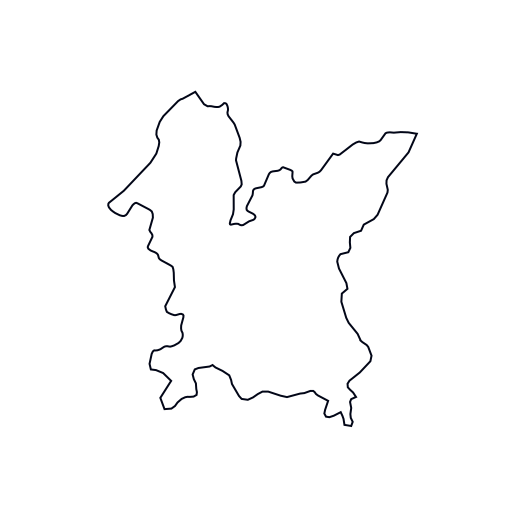 an SVG outline of Osjecko-Baranjska, rotated 114°
{"feature_id": "HRV-1603", "entity_name": "Osjecko-Baranjska", "entity_type": "County", "adm_level": 1, "iso_a3": "HRV", "parent_name": "Croatia", "parent_adm1": "", "projection": "mercator", "projection_center": [18.514, 45.561], "detail": "fine", "context": "isolated", "style": "outline", "palette": "ink", "viewbox_px": 512, "rotation_deg": 114, "n_neighbors": 0, "source": "natural_earth", "source_scale": "10m", "svg_char_len": 4163}
<svg xmlns="http://www.w3.org/2000/svg" viewBox="0 0 512 512"><g transform="rotate(114 256 256)"><path d="M349.3,110.8L351.1,110.7L356.1,107.2L362.0,105.5L365.3,103.6L368.2,100.2L372.6,99.9L374.3,106.5L369.2,109.8L366.9,112.0L364.2,115.1L370.3,120.0L373.4,123.4L374.3,126.7L372.1,129.5L368.4,130.3L359.0,131.2L358.2,142.8L357.6,145.2L356.5,147.0L356.0,148.8L357.1,151.4L361.6,156.1L363.7,159.7L372.3,170.3L373.6,176.7L374.9,189.6L377.3,195.0L381.4,198.2L386.4,201.2L390.7,205.0L392.4,211.0L390.8,214.6L382.7,225.9L379.4,228.3L375.9,231.9L374.6,239.8L374.3,247.7L373.3,251.4L375.8,253.4L381.7,263.0L384.5,265.8L390.0,265.7L393.8,262.7L396.8,259.1L401.9,256.4L404.4,254.6L407.1,253.8L409.8,255.8L411.6,259.1L412.5,261.3L413.8,263.2L416.8,265.8L421.7,268.1L426.0,269.0L429.8,271.2L433.1,277.3L424.5,285.7L407.0,283.1L404.6,282.7L400.7,293.2L400.9,300.9L402.4,305.9L397.8,309.4L387.8,311.5L385.1,311.4L383.6,310.6L383.3,309.6L382.8,308.7L382.3,307.8L380.8,306.1L379.9,305.3L376.6,303.2L375.7,302.4L375.0,301.4L374.5,300.4L374.0,298.4L373.7,297.5L372.6,296.1L370.9,294.3L367.0,291.4L364.3,290.3L360.7,290.0L358.9,290.4L357.3,291.1L356.1,291.9L354.5,293.8L352.6,295.0L349.9,296.1L341.6,297.4L339.9,298.0L339.2,298.9L339.2,299.9L339.3,300.9L340.0,302.1L342.3,304.8L342.9,305.7L343.3,306.7L343.6,309.7L343.6,312.2L343.3,314.7L341.4,316.6L338.8,318.5L317.4,317.4L311.7,321.0L304.8,324.3L301.8,326.1L299.9,327.7L299.5,329.1L299.3,330.6L298.5,340.6L298.1,342.6L297.4,343.9L295.4,345.5L294.6,346.3L294.1,347.4L293.8,348.8L293.7,350.4L293.8,352.4L293.8,354.6L293.2,357.2L292.3,358.3L291.2,358.7L280.6,358.4L279.0,359.2L277.8,360.7L277.0,362.3L275.6,364.0L262.9,365.8L259.7,367.4L257.7,369.3L257.1,371.4L256.9,373.0L256.1,385.1L256.1,386.8L256.3,387.3L257.0,388.1L258.4,388.9L260.0,389.5L269.9,390.9L271.6,391.5L273.1,392.8L273.8,394.5L274.2,397.0L274.0,402.2L273.5,404.8L272.9,407.2L271.4,410.1L270.0,411.5L268.4,412.1L267.2,412.0L265.1,410.9L250.2,403.3L213.8,390.4L203.0,388.7L195.1,389.6L191.5,390.6L189.3,392.1L188.0,394.3L185.6,396.4L181.8,397.8L172.6,398.5L165.9,397.5L146.2,390.2L143.6,388.6L142.7,387.6L142.4,387.2L142.2,387.0L130.7,378.2L138.5,365.2L138.9,361.1L138.2,359.8L137.4,358.0L136.6,354.5L135.9,352.5L135.1,350.9L134.3,349.9L131.7,348.3L129.3,347.3L128.9,346.0L129.0,345.0L129.6,344.2L130.4,343.3L131.2,342.6L132.2,341.9L133.2,341.3L134.3,340.9L136.4,340.5L138.0,339.6L139.5,337.9L143.3,330.8L144.6,328.9L154.7,319.0L158.0,316.5L161.5,315.2L169.0,315.1L175.0,313.8L176.7,313.2L193.3,299.9L196.4,298.2L198.7,298.2L206.1,300.9L209.1,301.2L209.6,301.1L222.5,295.3L227.2,294.0L233.7,293.8L236.8,293.2L237.6,292.6L237.6,291.7L235.5,288.9L234.6,287.3L233.9,285.4L234.1,282.9L233.7,281.5L232.9,280.3L227.1,276.4L224.1,273.2L223.0,272.5L221.8,272.3L220.8,272.3L220.2,272.6L219.5,273.3L219.0,274.3L218.6,276.1L218.4,280.7L218.2,282.1L217.6,283.3L216.1,284.2L214.2,284.6L202.0,283.9L200.3,284.3L197.8,285.2L196.5,285.2L195.3,284.7L194.2,283.6L190.9,279.0L190.0,278.1L189.3,277.6L188.5,277.3L176.0,277.5L174.5,277.2L173.1,276.5L171.9,275.1L169.3,270.8L168.1,269.5L166.9,268.8L165.7,268.5L164.8,268.2L163.9,267.4L163.4,259.7L163.5,258.2L163.8,257.2L164.3,256.8L168.4,255.3L170.3,254.1L172.4,251.3L172.7,249.4L171.7,247.2L170.7,245.2L167.9,241.0L165.6,239.7L160.0,238.0L158.2,237.0L154.8,233.4L153.3,232.3L151.3,231.5L131.1,227.2L130.5,222.2L130.0,221.6L129.3,220.8L114.8,213.0L111.5,210.6L109.5,208.4L109.1,205.3L108.6,202.7L107.6,199.6L105.1,194.6L103.1,191.9L101.2,190.1L99.5,189.3L91.2,187.6L90.0,186.5L88.6,184.1L87.3,180.3L83.9,174.1L81.1,167.1L79.0,159.1L78.9,158.8L99.3,158.8L130.3,167.5L133.8,167.5L137.0,166.2L142.0,162.5L144.6,161.7L168.9,161.7L174.4,163.4L183.5,170.3L190.2,170.3L195.3,175.9L200.3,177.8L205.4,175.8L210.2,173.1L215.0,173.2L219.9,179.5L220.0,179.6L221.9,180.1L223.9,180.3L225.9,180.1L228.1,179.5L233.7,175.1L244.0,162.4L248.8,159.1L255.4,162.3L263.1,159.4L275.8,148.4L279.4,144.1L285.8,131.5L290.2,126.5L290.6,126.4L291.4,123.8L292.3,118.7L293.4,116.5L300.1,109.9L305.6,108.7L320.2,113.8L331.9,119.9L335.5,120.4L338.6,118.7L339.9,115.7L341.2,111.8L344.1,107.3L348.0,110.8L349.3,110.8Z" fill="none" stroke="#020617" stroke-width="2"/></g></svg>